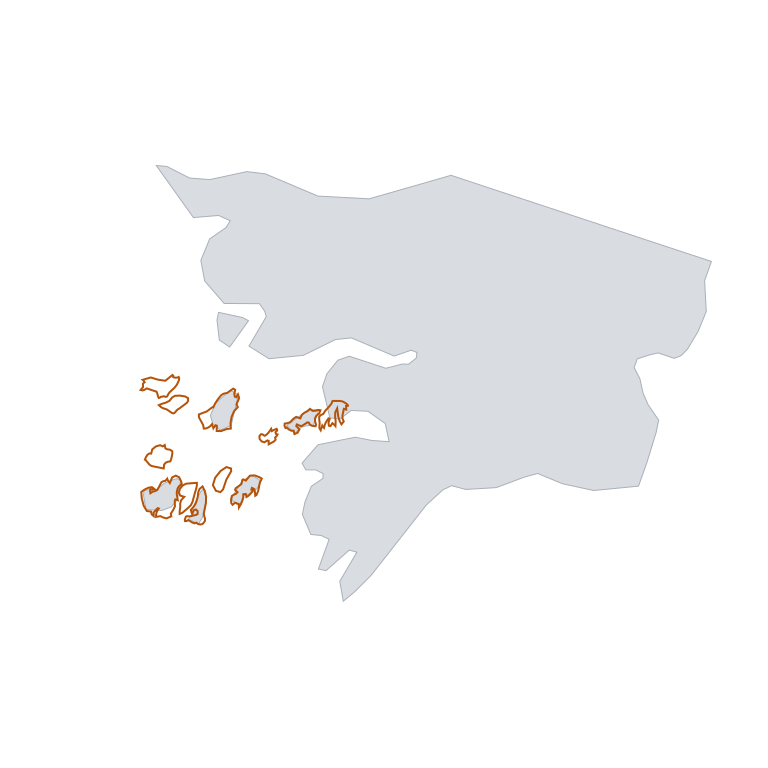 where Bolama sits in Guinea-Bissau, rotated 18°
{"feature_id": "GNB-770", "entity_name": "Bolama", "entity_type": "Region", "adm_level": 1, "iso_a3": "GNB", "parent_name": "Guinea-Bissau", "parent_adm1": "", "projection": "equal_earth", "projection_center": [-15.897, 11.361], "detail": "fine", "context": "in_parent", "style": "outline", "palette": "amber", "viewbox_px": 768, "rotation_deg": 18, "n_neighbors": 0, "source": "natural_earth", "source_scale": "10m", "svg_char_len": 7214}
<svg xmlns="http://www.w3.org/2000/svg" viewBox="0 0 768 768"><g transform="rotate(18 384 384)"><path d="M99.9,246.6L110.2,244.2L135.5,248.2L155.2,243.4L169.0,235.4L187.9,224.4L206.1,220.8L263.1,225.7L312.6,212.5L349.4,187.7L383.3,164.8L427.4,165.1L474.5,165.3L541.6,165.7L594.8,166.0L657.5,166.3L657.0,186.7L668.1,215.5L666.5,236.9L661.8,257.2L657.7,265.3L652.1,269.9L635.3,269.7L628.2,273.8L617.1,281.8L616.8,291.1L625.8,300.0L633.1,312.5L641.7,322.2L656.4,333.5L657.8,346.1L658.3,377.7L657.6,402.5L616.3,420.5L584.7,423.7L557.8,421.6L546.2,429.2L522.9,447.8L494.4,459.0L479.7,459.8L472.7,466.5L461.7,485.8L430.9,569.9L420.7,590.0L412.4,603.2L402.9,585.3L410.2,552.3L402.3,552.7L386.5,579.4L378.8,580.3L379.8,548.7L371.1,547.5L360.9,549.7L346.7,533.3L345.3,520.9L346.5,503.7L355.1,492.7L353.9,488.1L345.6,486.8L336.2,489.8L330.5,484.6L340.0,462.2L373.0,443.5L389.6,441.5L406.7,437.3L397.4,421.2L377.1,414.9L361.0,419.3L352.9,431.0L343.0,432.9L326.3,405.6L326.6,391.8L332.8,375.6L342.4,368.3L380.8,368.5L395.3,359.3L401.2,357.6L406.7,349.3L405.6,343.8L399.3,343.5L385.0,354.3L338.8,350.2L324.1,356.7L298.4,381.7L266.8,395.5L243.9,389.7L251.2,356.2L248.0,351.6L240.7,346.1L207.1,356.8L181.7,341.5L171.6,323.0L173.4,299.8L185.4,284.1L187.3,276.3L174.6,274.8L151.3,284.6L99.9,246.6ZM211.5,573.1L196.5,576.8L189.7,564.3L188.7,559.5L196.5,555.2L200.0,555.1L206.0,546.0L213.4,539.9L216.6,537.9L220.4,538.3L223.1,558.4L219.5,566.9L211.5,573.1ZM251.4,470.6L242.6,478.5L233.5,474.8L228.7,467.7L229.4,455.1L239.7,437.2L248.9,439.5L251.4,470.6ZM235.6,365.7L225.8,396.5L213.8,393.1L205.4,374.8L204.5,367.0L228.9,364.5L235.6,365.7ZM284.5,533.7L284.5,544.0L276.6,542.1L274.3,539.0L279.0,520.3L285.9,511.9L294.5,513.3L297.0,515.8L295.4,523.0L291.6,529.0L284.5,533.7ZM316.7,452.6L314.9,458.5L304.3,453.5L319.8,432.3L329.9,428.6L329.6,444.9L321.8,448.4L316.7,452.6ZM252.5,567.3L250.8,574.3L239.8,573.2L242.3,566.1L239.8,564.0L243.0,542.7L244.7,539.4L250.0,547.4L250.8,550.6L252.5,567.3Z" fill="#d9dde1" stroke="#a8b0b8" stroke-width="1"/><path d="M223.8,558.2L221.2,558.2L221.2,560.1L223.0,565.0L222.3,569.6L221.3,573.3L222.6,575.6L218.7,579.0L215.4,579.2L212.1,578.8L208.3,580.8L207.6,578.6L207.4,576.5L207.6,574.4L208.3,572.0L207.1,572.0L204.6,577.3L205.8,580.8L203.5,579.8L202.8,579.1L202.0,577.3L197.7,578.1L193.1,574.1L189.0,567.7L186.5,561.7L189.0,558.3L192.0,555.4L195.2,553.8L198.0,554.8L195.5,556.2L194.3,556.5L194.5,557.6L194.7,558.4L195.0,559.1L195.6,560.1L197.2,557.9L199.4,556.6L201.2,554.7L202.7,546.1L204.2,544.6L206.0,543.7L207.1,541.0L208.0,542.3L210.9,544.4L211.4,538.3L214.3,535.5L218.0,536.0L221.2,539.4L222.4,541.3L221.8,542.8L220.7,544.4L220.0,547.0L220.3,550.8L221.1,553.1L223.8,558.2ZM228.9,458.9L229.4,454.7L230.9,449.3L232.8,444.6L234.7,442.6L237.7,440.9L242.0,435.0L244.3,435.5L244.6,439.5L246.0,442.1L247.5,442.3L248.3,439.0L250.6,442.2L250.0,448.9L252.1,451.2L249.8,456.2L249.2,462.4L250.1,468.5L252.1,473.7L248.4,475.4L243.6,479.1L239.4,480.4L237.9,475.3L236.5,475.3L236.3,476.4L235.7,477.7L235.4,478.8L234.8,477.9L233.4,476.2L232.8,475.3L231.7,478.0L230.0,480.0L228.2,481.4L226.4,482.1L224.6,478.8L218.2,472.8L217.4,470.1L223.9,464.9L228.1,458.9L228.9,458.9ZM181.4,463.1L180.2,463.7L178.3,463.7L176.4,464.9L175.6,465.3L175.0,466.3L174.2,466.9L173.1,465.9L170.7,462.2L169.9,461.5L169.5,461.6L159.7,461.5L158.0,463.5L156.5,464.7L154.4,464.9L155.0,463.2L155.8,461.5L154.7,458.3L154.9,457.6L155.8,456.3L154.0,454.9L153.2,454.6L160.1,449.9L167.9,449.7L175.0,448.5L180.0,440.8L180.9,441.2L181.1,441.3L181.1,441.6L181.4,442.6L182.8,442.6L184.2,442.3L185.5,441.7L186.6,440.8L187.2,441.6L187.6,442.3L187.8,444.3L187.2,448.8L185.8,452.5L182.7,458.0L182.0,460.2L181.8,461.7L181.4,463.1ZM297.0,511.7L296.4,516.3L297.4,524.6L297.0,529.1L296.1,530.1L294.9,527.2L293.2,524.0L290.5,523.6L290.5,525.5L291.9,525.5L291.9,527.2L290.5,530.6L289.5,532.4L288.1,534.0L287.0,532.0L286.5,531.3L284.2,532.4L285.2,535.1L285.4,538.7L285.0,542.7L284.2,546.2L283.8,545.1L283.2,543.9L282.8,542.9L281.7,543.0L281.3,543.2L280.9,543.2L280.3,542.9L279.1,542.9L277.3,545.7L275.5,544.4L274.2,541.0L273.9,537.5L275.2,535.9L277.3,534.0L278.1,532.1L275.1,530.7L275.1,529.1L279.1,523.6L279.3,522.5L278.9,519.5L279.1,518.5L280.0,518.2L281.3,518.5L282.4,518.6L282.8,517.7L284.8,512.6L289.3,510.9L294.1,511.1L297.0,511.7ZM356.4,415.9L354.7,416.6L356.0,420.0L353.5,420.0L354.2,426.6L355.1,429.5L357.3,432.1L356.0,435.5L353.2,432.9L350.7,429.3L347.0,421.7L346.4,426.2L347.7,430.4L349.6,434.5L350.8,439.0L349.9,438.4L347.0,437.2L346.1,440.6L344.5,440.7L343.2,438.1L343.1,433.8L341.9,433.8L341.1,436.1L340.5,438.7L340.3,441.4L340.5,444.3L338.8,443.2L338.1,442.6L338.1,447.6L336.2,445.9L335.5,443.6L334.9,441.0L333.5,438.1L332.5,435.3L333.3,433.3L335.5,431.3L336.4,427.5L338.3,423.6L340.1,419.0L340.2,416.5L340.3,416.5L340.8,415.8L347.2,413.8L349.8,413.4L350.8,413.5L354.2,414.3L356.3,415.4L356.4,415.9ZM200.6,532.4L188.3,533.8L185.9,533.2L180.9,530.0L180.0,529.9L180.2,526.9L180.9,524.4L182.2,522.7L184.1,522.1L183.8,517.8L186.4,513.8L190.0,511.4L192.9,511.7L194.3,509.8L196.0,512.8L198.1,513.1L200.6,512.6L203.3,513.3L204.1,515.1L204.6,518.4L204.8,521.7L204.7,523.6L202.4,524.8L200.6,526.4L199.8,528.7L200.6,532.4ZM243.1,537.5L246.7,541.2L249.6,546.1L251.4,552.2L252.7,563.1L254.0,565.5L255.4,567.3L256.0,569.5L255.0,572.8L252.8,574.4L250.2,574.6L248.3,573.9L246.8,575.1L244.8,575.0L239.9,573.9L239.5,574.5L238.3,575.5L237.1,575.9L236.5,574.7L236.5,572.7L236.6,571.4L237.1,570.7L238.6,570.4L240.5,569.8L245.8,566.5L246.9,565.3L246.0,562.4L243.9,561.5L242.0,562.9L241.8,567.0L240.4,565.3L239.2,563.4L240.9,559.6L241.7,556.7L241.9,553.7L241.8,549.8L240.8,544.1L241.0,540.8L243.1,537.5ZM331.6,428.6L331.5,432.1L329.5,435.0L329.0,438.1L330.0,440.9L331.8,443.4L332.0,445.3L328.4,446.0L326.0,445.5L324.4,443.9L322.7,444.3L322.4,445.0L318.7,449.4L317.8,449.7L313.6,449.4L313.6,451.2L317.6,453.1L316.9,457.0L314.3,459.3L312.5,456.3L310.3,457.1L307.8,456.7L305.7,455.9L304.8,455.4L303.9,456.3L302.3,454.6L301.8,452.3L304.1,451.2L306.6,449.3L308.3,445.5L310.6,442.4L315.0,442.6L315.4,438.7L317.2,435.9L319.6,433.5L321.3,430.5L324.4,431.6L327.3,430.5L329.7,428.9L331.6,428.6ZM237.9,547.9L238.3,555.3L237.8,558.8L235.9,562.5L232.0,568.9L229.8,570.7L228.9,567.8L228.2,563.8L227.1,560.7L226.9,557.4L228.9,553.0L224.6,553.1L222.5,550.6L222.3,546.8L223.8,542.9L226.5,540.0L236.5,535.8L237.3,537.9L237.7,541.3L237.9,547.9ZM185.3,475.3L181.3,475.3L179.1,474.9L176.4,473.7L178.7,471.6L182.1,469.3L185.2,466.3L186.6,462.4L188.7,459.9L193.5,458.1L198.7,457.3L202.0,458.0L202.9,460.6L202.3,462.9L196.7,470.8L195.6,472.0L195.0,473.1L194.5,474.5L193.9,475.9L192.9,477.0L191.3,477.1L185.3,475.3ZM259.8,511.7L264.6,511.6L265.6,514.2L263.6,523.6L263.5,534.1L261.8,537.4L257.1,537.5L252.5,533.0L252.4,525.3L255.4,517.3L259.8,511.7ZM295.7,463.4L296.1,463.9L296.4,464.6L297.1,465.1L298.3,464.9L298.1,466.1L297.9,466.9L297.0,468.5L298.1,470.5L297.2,472.5L293.0,477.0L292.1,474.6L291.9,473.7L290.5,473.7L288.3,476.4L285.3,476.4L282.6,474.6L281.6,472.0L282.6,469.7L284.1,469.4L285.7,470.0L286.6,470.1L288.1,468.2L289.1,466.1L289.9,463.9L290.5,461.5L291.9,463.4L292.9,462.3L295.7,459.8L296.7,460.8L296.7,461.5L295.7,463.4Z" fill="none" stroke="#b45309" stroke-width="2"/></g></svg>